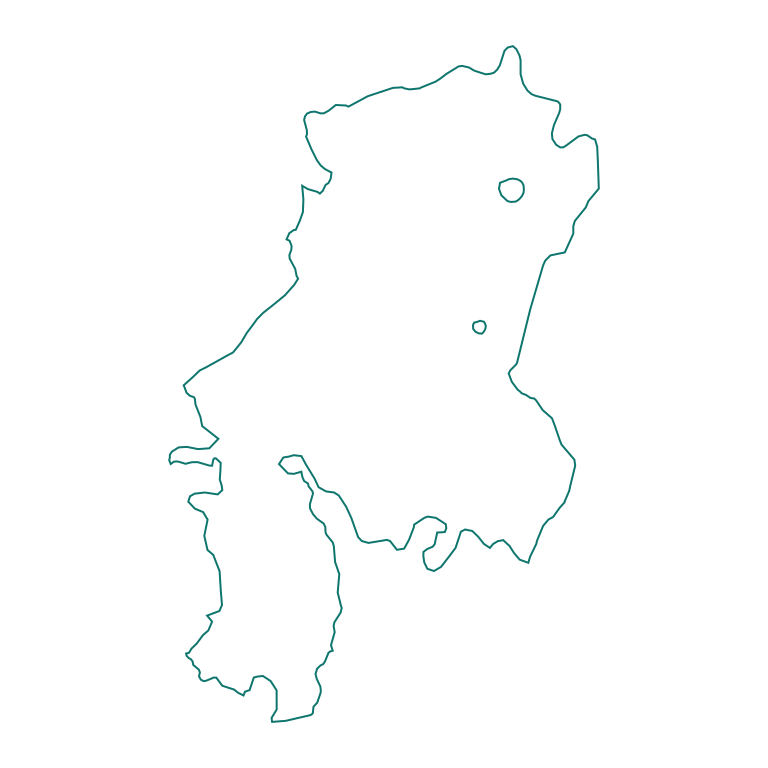 Aru, Orientale, Democratic Republic of the Congo (orthographic projection)
{"feature_id": "63176286B14719092717616", "entity_name": "Aru", "entity_type": "district", "adm_level": 2, "iso_a3": "COD", "parent_name": "Democratic Republic of the Congo", "parent_adm1": "Orientale", "projection": "orthographic", "projection_center": [30.488, 3.028], "detail": "fine", "context": "isolated", "style": "outline", "palette": "teal", "viewbox_px": 768, "rotation_deg": 0, "n_neighbors": 0, "source": "geoboundaries", "source_scale": "gbopen_adm2", "svg_char_len": 5425}
<svg xmlns="http://www.w3.org/2000/svg" viewBox="0 0 768 768"><path d="M528.3,562.8L530.1,556.7L536.4,543.7L536.9,541.0L543.1,525.9L548.4,519.6L553.1,517.0L555.8,513.2L559.8,507.6L564.5,502.4L564.5,501.9L569.2,490.9L570.3,485.7L575.2,465.7L574.4,459.7L564.5,448.1L562.4,445.6L561.4,444.4L559.8,440.3L554.6,425.1L552.0,418.3L542.6,410.0L536.3,400.6L534.2,398.5L530.6,398.0L525.9,394.9L521.7,393.3L520.2,391.7L517.6,389.6L511.8,381.8L508.7,373.5L510.3,370.3L516.0,364.6L517.0,363.0L530.1,309.8L543.1,265.4L545.2,260.7L550.4,255.4L564.8,252.4L572.2,236.1L573.3,233.5L573.3,230.5L573.3,226.2L574.8,221.0L576.9,218.4L585.8,207.4L588.4,201.1L598.8,188.6L597.8,159.9L597.2,146.8L595.1,139.5L592.0,138.5L587.3,135.3L584.7,134.8L578.5,136.4L566.5,145.3L563.4,147.3L560.2,147.4L556.1,144.7L555.9,144.5L555.9,144.4L552.4,139.0L551.9,133.3L554.0,124.9L559.2,112.9L560.2,109.2L560.2,104.5L559.2,103.0L557.6,101.4L535.2,95.7L531.5,94.1L527.4,90.5L523.2,83.7L520.6,74.3L520.6,60.7L520.6,60.2L519.5,55.5L516.4,49.2L512.8,46.1L507.6,47.6L504.5,50.8L499.8,65.4L497.2,69.6L494.0,72.7L490.4,73.8L485.7,74.3L480.5,72.7L474.2,70.6L469.0,67.5L462.2,65.9L458.6,66.4L446.6,73.8L440.4,78.5L435.7,81.6L421.6,87.3L419.5,88.4L409.6,89.4L404.4,88.4L402.3,87.3L392.9,87.9L367.8,96.2L348.5,106.6L346.6,105.8L346.1,105.5L335.8,105.0L328.8,110.6L325.0,112.7L323.8,113.3L321.4,113.3L320.3,113.3L314.9,111.6L310.7,112.0L307.0,113.6L305.0,116.4L304.4,118.8L304.1,119.9L306.8,130.1L307.0,133.4L307.0,134.1L306.6,135.2L306.1,136.6L311.5,149.4L316.8,160.0L320.7,165.5L321.0,165.7L324.7,168.9L331.5,172.6L331.0,176.7L330.7,178.6L330.0,180.1L328.4,183.1L326.8,184.1L325.6,184.9L322.8,190.8L319.9,193.6L319.0,193.0L317.5,191.9L311.6,190.2L307.9,189.1L306.5,188.3L302.2,185.8L303.4,199.6L302.9,212.1L299.9,220.5L295.8,229.8L294.5,230.0L293.7,230.1L293.0,230.6L289.3,233.2L286.6,239.4L288.2,240.1L289.6,240.8L291.3,245.2L291.6,246.1L291.3,249.9L289.4,255.0L289.6,257.6L289.7,258.7L290.1,259.4L295.2,268.9L296.6,276.0L297.5,277.6L298.1,278.7L294.3,284.7L284.9,295.3L273.2,304.9L263.2,312.8L257.0,319.1L253.5,324.0L246.9,332.8L241.1,342.5L233.0,352.5L230.1,354.0L226.2,356.1L207.4,366.6L199.7,370.5L192.5,377.4L183.7,385.3L184.4,387.0L186.2,391.8L186.5,392.7L189.9,395.8L194.0,397.2L194.9,399.0L195.5,404.5L199.0,413.4L200.5,417.3L201.3,421.7L202.2,426.1L204.6,428.0L218.4,438.8L209.3,448.3L198.0,449.1L187.0,446.9L178.6,447.4L171.8,451.7L169.9,454.7L169.8,457.8L169.2,460.1L170.7,464.0L174.0,461.6L176.7,461.5L177.9,461.5L185.6,463.8L187.5,463.3L191.9,462.2L197.5,462.1L198.0,462.3L200.0,462.8L209.5,465.6L212.1,465.7L212.2,465.1L213.3,459.5L214.4,458.3L215.8,458.3L220.7,462.8L220.4,470.5L219.8,479.6L221.7,485.7L222.3,490.1L217.7,494.4L204.8,492.5L194.5,493.7L190.0,496.3L188.3,501.7L194.8,508.6L203.1,512.1L207.6,519.6L204.3,535.8L207.5,550.0L213.2,554.8L219.6,571.2L220.8,590.8L222.0,605.0L219.4,611.0L207.1,615.6L212.1,621.6L208.4,630.4L202.9,635.2L196.7,643.6L191.5,648.6L189.9,651.3L188.8,652.9L187.6,653.2L186.1,653.5L186.6,655.8L188.7,658.0L191.1,659.4L191.8,660.4L192.6,661.5L192.9,663.1L193.3,665.0L198.8,669.6L199.9,672.4L199.0,676.3L200.8,679.6L203.6,681.1L205.9,680.8L208.9,679.6L213.6,677.6L216.3,677.6L221.0,684.0L221.4,684.5L222.4,685.8L222.7,685.9L233.5,689.4L233.9,689.4L237.2,692.1L238.0,692.7L243.5,695.5L245.0,691.7L249.6,690.1L253.8,677.5L257.9,676.5L262.9,676.0L270.6,681.0L276.6,690.3L276.7,709.5L271.6,717.9L272.1,721.9L286.0,720.8L297.9,718.0L309.3,715.4L311.4,714.7L312.8,713.2L313.5,706.7L317.2,702.7L319.4,696.4L320.7,692.5L320.8,690.1L320.7,689.3L320.3,686.4L316.8,679.0L315.5,673.9L316.3,671.4L317.1,668.7L319.6,666.3L320.2,665.7L321.1,665.1L323.2,664.1L325.0,661.4L328.5,652.8L329.4,652.1L330.3,651.4L331.5,651.1L332.7,650.7L331.0,645.2L334.4,633.1L334.5,632.8L334.7,632.3L333.6,626.0L334.5,622.0L335.4,620.7L340.6,612.6L341.2,610.1L341.7,608.0L341.3,606.7L341.0,606.0L340.0,601.9L337.7,592.6L339.3,574.1L335.1,562.1L333.8,546.0L332.7,542.4L326.5,534.7L325.9,533.3L325.6,532.5L325.4,529.7L325.3,526.9L323.6,523.5L320.6,521.4L316.7,518.5L313.0,514.1L311.0,510.3L310.0,508.3L309.9,504.2L313.0,493.5L312.5,491.4L310.9,489.3L308.7,486.5L308.4,485.4L307.9,483.4L304.2,481.1L302.4,477.1L301.3,471.7L294.1,473.8L293.1,473.8L288.0,473.4L279.0,464.1L283.3,457.5L288.8,456.6L293.8,455.2L301.4,456.1L306.1,464.8L311.5,473.6L314.5,478.5L318.6,487.2L326.0,491.4L334.2,492.5L338.8,495.5L346.3,507.0L351.3,517.9L355.0,528.3L358.1,537.1L361.9,541.1L368.5,542.9L387.0,539.9L390.1,541.1L394.9,547.2L397.0,549.8L404.2,548.6L409.2,539.4L413.9,527.1L414.2,524.6L415.1,524.0L424.4,517.8L427.9,516.6L429.8,516.9L436.0,517.9L441.3,521.3L445.8,524.3L446.3,528.4L444.8,532.0L441.7,532.3L437.2,532.5L434.7,544.1L432.7,546.7L427.2,549.0L423.4,552.0L423.4,556.5L424.3,562.5L427.4,568.8L434.0,571.0L441.0,566.9L449.1,556.5L455.6,547.8L460.9,531.7L465.1,529.5L472.3,531.0L478.2,536.7L483.9,543.9L489.9,547.9L493.1,544.0L497.7,541.2L503.2,540.1L507.2,543.9L509.5,545.9L513.9,552.8L519.6,559.6L528.3,562.8ZM499.0,188.9L500.0,182.8L505.3,180.8L509.2,179.1L512.8,178.6L517.4,179.3L520.3,180.8L521.9,182.2L523.5,185.2L523.9,189.2L523.6,192.6L522.0,196.0L520.0,198.4L517.9,200.3L515.3,201.7L510.6,201.9L507.5,201.1L501.4,195.3L499.0,188.9ZM477.2,321.9L480.0,320.8L483.9,321.7L484.9,323.3L485.8,325.8L485.6,327.9L484.7,330.2L483.5,332.1L481.8,333.7L478.6,333.3L475.4,331.7L473.2,328.9L473.0,325.0L474.2,322.6L477.2,321.9Z" fill="none" stroke="#0f766e" stroke-width="2"/></svg>